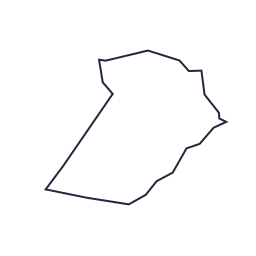 Glascock, Georgia, United States of America (Mercator projection), rotated 164°
{"feature_id": "52423323B56628554160861", "entity_name": "Glascock", "entity_type": "district", "adm_level": 2, "iso_a3": "USA", "parent_name": "United States of America", "parent_adm1": "Georgia", "projection": "mercator", "projection_center": [-82.63, 33.224], "detail": "fine", "context": "isolated", "style": "outline", "palette": "slate", "viewbox_px": 256, "rotation_deg": 164, "n_neighbors": 0, "source": "geoboundaries", "source_scale": "gbopen_adm2", "svg_char_len": 421}
<svg xmlns="http://www.w3.org/2000/svg" viewBox="0 0 256 256"><g transform="rotate(164 128 128)"><path d="M224.1,91.7L185.6,71.7L148.3,54.4L129.3,58.9L115.1,69.0L97.3,72.8L77.4,92.3L63.5,93.0L45.6,104.7L31.9,106.8L37.6,112.0L36.4,117.6L45.2,139.0L41.6,162.9L53.8,166.0L59.9,178.7L87.6,197.0L130.9,198.9L137.0,201.6L139.7,178.9L133.3,165.0L201.0,109.2L224.1,91.7Z" fill="none" stroke="#1e293b" stroke-width="2"/></g></svg>